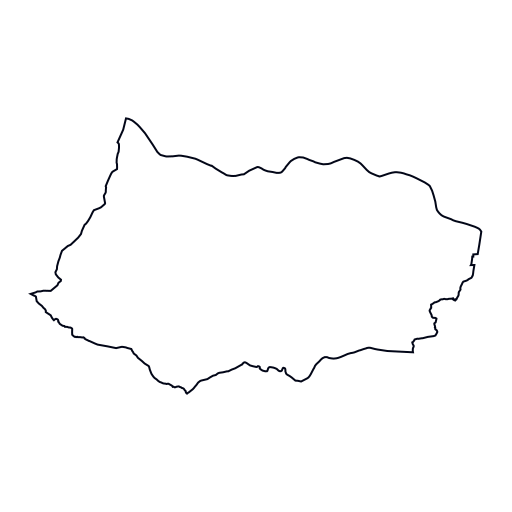 Remeti, Maramures, Romania
{"feature_id": "2599482B63356743663570", "entity_name": "Remeti", "entity_type": "district", "adm_level": 2, "iso_a3": "ROU", "parent_name": "Romania", "parent_adm1": "Maramures", "projection": "robinson", "projection_center": [23.579, 47.979], "detail": "fine", "context": "isolated", "style": "outline", "palette": "ink", "viewbox_px": 512, "rotation_deg": 0, "n_neighbors": 0, "source": "geoboundaries", "source_scale": "gbopen_adm2", "svg_char_len": 6042}
<svg xmlns="http://www.w3.org/2000/svg" viewBox="0 0 512 512"><path d="M215.8,375.0L217.8,373.4L219.3,372.8L223.0,372.3L227.1,371.3L228.3,371.3L231.7,369.6L235.2,368.3L241.4,364.8L242.3,364.4L242.6,363.6L243.4,363.0L243.8,362.6L244.6,362.3L245.0,362.3L246.4,362.9L250.0,365.4L252.8,366.2L256.4,367.0L257.0,366.9L257.8,366.2L258.3,366.2L259.2,366.5L259.8,367.1L259.8,367.7L259.7,368.3L259.9,368.7L261.3,369.8L262.6,370.6L265.3,371.3L267.0,371.2L267.4,370.8L268.2,368.3L268.7,367.7L269.4,367.1L270.5,367.1L273.4,367.6L275.1,368.2L276.7,368.9L278.6,370.7L279.8,371.2L280.8,371.2L281.8,370.6L282.8,368.2L283.3,367.8L284.2,368.0L285.1,368.5L285.4,369.8L285.4,371.4L286.1,373.5L286.6,374.2L287.6,374.9L289.6,376.0L291.6,377.4L295.4,380.6L297.9,380.8L301.1,381.5L307.3,378.3L308.4,377.5L309.5,376.2L310.7,374.3L313.4,369.1L314.1,368.0L315.1,365.7L316.4,364.1L319.3,361.4L320.9,359.6L322.5,358.2L324.8,357.1L326.9,357.1L329.1,358.0L331.6,358.4L333.7,358.6L336.4,358.3L338.1,357.9L340.7,357.0L344.7,355.3L347.6,354.0L350.7,353.1L352.6,352.8L354.3,352.4L359.1,350.5L360.4,350.2L363.5,349.1L366.3,348.3L366.9,348.0L368.8,347.7L370.3,347.8L374.9,349.0L377.4,349.5L387.3,351.0L413.0,352.3L412.8,351.2L412.8,349.1L413.0,348.1L413.5,347.0L413.7,346.2L413.6,345.5L412.9,344.4L412.5,343.3L412.3,342.4L412.8,342.2L414.1,340.6L414.6,339.5L417.3,338.7L418.5,338.8L421.5,338.3L422.8,338.2L427.8,336.9L433.7,336.1L435.4,335.5L436.6,333.5L437.3,332.0L437.2,331.4L436.7,330.3L435.6,329.5L435.2,329.0L435.3,328.0L434.9,327.5L435.1,327.1L434.9,325.8L434.5,324.8L434.3,323.8L434.3,323.6L434.4,323.3L435.6,322.4L436.5,318.7L436.4,318.5L435.2,317.9L433.2,317.8L432.7,317.6L432.2,317.1L431.8,316.6L431.6,315.1L430.1,312.1L429.6,310.8L429.7,310.2L430.9,308.3L430.8,308.2L431.2,307.7L431.1,304.6L431.8,304.3L433.4,303.3L434.5,302.4L435.9,302.2L438.1,301.3L439.2,300.7L439.9,300.1L439.9,299.9L440.1,299.7L441.4,299.3L442.6,299.3L444.0,298.9L444.6,298.9L445.7,299.2L447.5,299.2L448.9,298.8L451.4,298.7L453.1,298.3L453.2,298.5L452.8,298.8L452.8,299.2L454.0,300.0L454.5,299.6L454.8,299.5L454.8,300.2L454.9,300.4L455.2,300.5L455.6,300.0L456.4,299.4L457.2,297.6L458.2,296.0L458.6,294.9L458.7,292.7L458.9,292.0L460.5,289.6L460.3,288.1L460.7,286.6L462.1,283.8L462.5,282.8L462.8,282.3L463.4,281.6L466.0,280.8L467.6,280.1L468.4,279.3L471.4,277.8L472.1,276.7L472.2,276.2L472.7,275.7L473.1,273.5L473.4,270.9L474.4,265.0L470.9,265.1L471.3,264.4L471.4,263.8L472.1,259.1L472.3,256.6L473.3,256.6L473.3,254.4L477.7,254.1L479.3,244.7L481.3,231.6L480.0,229.7L478.9,228.7L477.4,227.9L474.7,226.7L466.7,224.0L462.5,222.8L455.8,221.2L453.2,220.3L451.1,219.2L444.2,216.7L442.4,215.8L441.1,214.9L439.5,213.4L438.0,211.6L436.9,209.9L436.2,207.3L435.3,201.6L433.6,195.4L432.1,190.7L429.9,186.2L429.5,185.7L428.1,184.6L424.7,182.4L416.4,178.2L413.0,176.6L409.8,175.3L406.3,174.3L403.8,173.4L400.9,172.7L396.7,172.2L395.0,172.2L391.9,172.7L388.9,173.5L381.8,175.9L380.0,176.4L379.3,176.5L379.1,176.3L376.8,175.6L371.4,173.3L369.2,172.1L366.8,170.0L362.5,165.4L360.6,163.5L357.9,161.6L354.3,159.9L350.2,158.4L346.9,157.8L344.2,158.1L334.0,161.9L331.4,163.1L330.3,163.5L328.1,164.0L323.3,164.3L319.9,163.6L315.2,162.3L313.5,161.4L309.2,159.9L307.3,159.0L303.2,157.5L299.0,157.2L297.6,157.5L294.2,158.9L290.9,161.0L289.7,162.2L286.8,165.7L285.8,166.9L285.1,168.2L282.6,171.1L281.6,172.1L280.6,172.6L278.8,172.9L276.7,172.9L272.6,172.0L267.8,171.3L265.4,170.5L263.5,169.7L261.5,168.4L259.1,167.3L257.8,167.0L256.9,167.2L249.2,170.7L243.9,174.3L241.5,174.5L235.7,175.9L233.1,176.0L231.0,175.9L227.1,175.3L226.1,174.9L223.4,173.2L222.2,172.6L215.5,168.5L211.7,165.7L211.4,165.7L211.2,165.8L207.0,164.1L197.5,159.6L195.3,158.7L187.1,156.7L181.1,155.7L178.8,155.6L172.9,156.3L166.6,156.5L165.5,156.3L160.7,155.0L159.7,154.3L157.3,151.9L152.7,144.6L145.0,133.2L139.7,127.0L137.4,124.6L133.9,121.7L132.1,120.4L128.7,118.9L126.0,118.4L123.2,129.7L117.5,142.4L118.5,143.3L118.9,144.1L119.0,146.1L119.0,147.9L118.6,151.8L117.7,153.9L117.0,157.4L116.7,159.2L116.6,162.7L117.0,164.1L117.1,167.6L117.0,169.1L112.9,171.5L112.0,172.3L111.1,173.8L110.2,175.7L108.0,180.6L105.7,186.2L106.1,187.3L106.0,188.0L105.8,190.5L105.8,192.0L105.4,193.1L104.4,194.7L103.9,195.7L103.9,196.7L105.1,203.2L104.8,204.0L101.0,207.3L99.2,208.2L93.9,210.2L92.6,212.3L90.3,217.2L88.1,220.9L86.1,223.6L84.6,224.8L81.9,230.8L81.0,234.0L78.1,237.7L70.6,244.8L67.8,246.0L62.0,250.8L60.5,254.9L59.8,257.6L58.4,261.3L57.1,266.2L56.9,269.2L55.4,272.2L55.8,274.3L58.3,277.5L61.0,279.7L60.8,281.0L58.5,282.8L57.4,285.3L50.7,290.9L43.5,290.7L40.5,291.4L37.3,291.5L35.6,292.4L30.7,293.9L33.9,295.6L34.5,295.7L35.9,296.6L36.7,301.2L38.8,303.5L41.9,305.9L43.5,307.9L44.7,308.9L45.2,309.5L45.8,310.6L45.8,312.1L50.7,315.3L51.9,317.7L53.2,319.5L53.9,320.2L54.9,319.3L56.0,318.8L57.4,319.3L57.9,319.7L58.4,321.1L58.2,321.7L58.8,322.2L59.7,323.8L62.0,325.4L62.8,325.8L64.3,326.0L64.5,326.1L64.9,326.8L67.3,326.9L68.5,327.4L70.6,327.6L71.9,328.4L72.1,328.6L72.2,329.1L72.1,332.2L72.2,334.7L72.6,335.2L74.1,336.5L75.1,337.0L75.5,336.8L76.7,337.1L77.2,336.8L77.8,337.1L80.0,337.1L82.4,337.5L83.3,337.3L84.4,337.9L84.6,338.6L86.2,339.6L88.0,340.4L88.5,340.8L89.4,341.0L94.9,343.5L97.6,344.6L107.7,346.4L115.5,348.0L116.2,348.1L121.4,346.9L122.8,346.9L125.8,347.4L127.4,348.0L131.3,349.0L132.2,350.9L133.2,352.3L133.7,353.5L136.4,355.5L137.9,357.8L141.9,361.0L144.6,363.5L148.3,365.8L148.8,366.2L149.2,367.2L149.8,369.6L151.4,373.7L152.5,375.4L153.5,376.8L154.6,378.0L156.6,379.4L158.3,381.0L159.8,382.0L161.6,382.6L162.4,383.1L163.7,383.5L165.7,383.7L166.5,384.0L168.0,383.7L168.6,383.8L171.8,385.6L172.3,386.1L172.7,386.8L173.3,386.6L174.6,387.3L175.5,387.2L176.6,386.7L178.6,386.4L179.1,386.5L179.6,386.9L181.0,387.3L181.7,387.9L182.6,388.1L183.6,388.6L184.2,389.3L184.8,390.3L185.6,391.0L185.8,391.8L185.9,392.5L186.7,393.4L187.0,393.6L187.5,393.1L188.9,392.3L190.9,390.7L192.8,389.2L194.0,387.9L194.9,386.7L196.4,385.0L198.1,382.6L200.0,381.1L201.1,380.6L207.4,379.1L210.0,377.4L213.0,375.7L215.8,375.0Z" fill="none" stroke="#020617" stroke-width="2"/></svg>